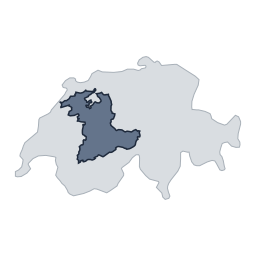 where Bern sits in Switzerland
{"feature_id": "CHE-3424", "entity_name": "Bern", "entity_type": "Canton", "adm_level": 1, "iso_a3": "CHE", "parent_name": "Switzerland", "parent_adm1": "", "projection": "mercator", "projection_center": [7.53, 46.838], "detail": "fine", "context": "in_parent", "style": "filled", "palette": "slate", "viewbox_px": 256, "rotation_deg": 0, "n_neighbors": 0, "source": "natural_earth", "source_scale": "10m", "svg_char_len": 7740}
<svg xmlns="http://www.w3.org/2000/svg" viewBox="0 0 256 256"><path d="M193.9,75.3L195.4,76.3L199.0,79.6L198.2,85.2L194.1,94.2L191.9,101.4L191.7,107.0L192.1,109.6L192.8,109.5L196.7,109.9L198.7,109.9L205.0,111.4L210.0,113.6L211.0,115.9L211.7,118.7L217.6,122.6L224.5,125.1L226.8,124.3L235.4,115.3L238.6,116.8L240.6,121.6L240.6,124.1L238.2,133.6L237.8,138.7L239.8,142.1L240.0,144.8L239.4,147.2L236.0,147.4L231.5,146.1L227.6,142.0L224.7,142.5L222.2,143.5L220.9,147.4L219.7,152.0L220.1,154.6L221.9,156.6L223.3,160.8L224.3,166.2L225.1,168.8L224.2,169.9L221.9,170.6L219.9,169.9L216.4,163.4L214.8,160.9L212.0,160.4L207.1,162.0L199.7,165.7L196.7,165.7L194.1,164.9L191.7,161.8L189.7,155.9L189.1,152.1L187.6,152.2L182.9,151.1L180.6,152.6L180.6,158.7L180.2,166.3L177.8,171.2L171.1,179.7L168.7,183.4L167.7,186.1L167.5,188.4L168.5,192.3L169.9,196.1L168.8,198.3L165.2,199.4L162.8,197.1L161.8,193.0L156.4,187.4L158.9,182.7L158.5,181.5L149.6,179.1L145.7,175.6L140.4,169.3L139.4,166.6L139.6,157.9L139.3,155.8L138.6,154.7L136.0,154.8L132.3,157.8L129.0,162.4L122.1,167.5L121.4,168.6L123.7,173.5L123.6,175.5L118.1,183.4L117.0,186.0L109.9,190.9L106.7,192.8L96.9,189.1L94.2,188.7L89.8,191.1L83.6,193.5L73.6,195.8L69.9,194.1L68.2,192.5L67.3,190.1L64.8,185.9L61.9,183.4L60.0,180.7L57.3,177.7L55.7,175.2L57.9,167.2L56.3,164.4L55.4,160.3L55.9,157.6L54.9,156.9L45.9,155.4L38.4,155.9L33.0,158.6L28.7,163.0L28.1,164.0L28.4,164.8L30.6,168.8L26.9,173.1L21.2,176.5L17.2,176.8L15.4,176.2L15.4,171.6L18.7,169.9L21.7,166.9L22.7,162.6L23.1,159.7L19.9,156.0L20.3,153.8L22.2,149.6L23.4,145.9L24.9,142.7L31.2,137.4L37.5,132.1L38.4,126.5L38.9,119.6L39.8,118.0L48.3,113.8L50.4,112.2L51.4,109.9L58.1,102.1L64.7,94.4L66.0,91.8L67.1,90.3L67.1,89.1L66.3,88.1L63.2,87.5L62.1,85.0L65.5,80.6L69.8,77.9L73.9,77.9L75.6,79.1L75.5,80.6L77.3,82.1L80.4,82.7L84.3,82.1L88.2,80.5L90.6,76.6L92.0,73.6L98.0,70.2L102.2,71.9L113.7,72.4L122.0,71.5L127.3,69.2L133.8,69.2L138.2,70.5L138.9,70.3L140.1,70.0L141.3,68.8L145.4,67.9L146.0,66.9L145.8,65.8L145.1,65.3L140.0,65.8L138.1,65.0L137.6,63.2L139.2,59.9L142.9,57.3L146.1,56.6L148.4,57.3L153.9,62.2L155.3,62.4L156.0,61.5L157.2,61.0L159.1,62.0L161.2,65.0L161.6,65.5L174.0,64.4L176.8,64.4L185.2,69.8L193.9,75.3Z" fill="#d9dde1" stroke="#a8b0b8" stroke-width="1"/><path d="M139.8,131.1L139.3,132.1L139.3,132.5L139.3,133.2L139.5,133.6L139.8,134.2L139.8,134.5L139.9,134.9L139.9,135.2L140.0,135.5L140.0,135.8L139.8,136.6L139.7,136.8L139.3,136.9L138.9,136.9L138.1,136.7L137.8,136.7L137.5,137.0L137.5,137.9L137.7,138.5L137.9,139.4L137.4,139.5L136.4,140.7L136.1,141.3L135.9,141.9L135.6,143.1L135.3,144.7L135.1,145.1L134.9,145.4L134.3,146.0L133.6,146.5L133.0,146.9L130.7,148.2L129.5,148.7L126.9,149.2L126.6,149.2L126.3,149.1L126.2,149.0L126.1,148.8L126.1,148.5L126.0,148.4L124.7,148.3L123.5,147.7L123.1,147.4L118.8,146.5L117.5,146.6L115.9,147.6L115.6,147.9L115.6,148.0L115.9,148.6L116.0,148.8L116.0,149.1L115.8,149.4L115.6,149.7L114.2,150.6L112.4,151.9L111.3,152.3L110.9,152.3L110.1,152.4L109.5,152.2L103.4,156.6L102.8,156.7L99.5,155.1L98.5,154.9L98.2,155.1L97.9,155.7L97.8,155.8L97.3,156.3L97.1,156.4L95.4,157.0L94.3,157.7L94.6,158.1L95.2,158.4L94.5,159.1L92.7,159.9L92.3,160.0L92.0,160.0L90.3,159.5L88.1,159.5L87.4,159.7L87.2,159.8L86.7,160.4L85.6,161.2L83.7,161.8L83.4,161.7L83.1,161.6L83.0,161.4L83.1,160.8L83.0,160.3L82.9,160.2L82.6,160.2L81.0,160.7L80.8,160.8L80.7,160.9L80.7,161.4L80.3,162.1L78.5,163.1L78.5,161.6L78.6,161.4L78.8,161.0L78.8,160.7L78.7,160.5L78.4,160.3L77.7,159.6L77.2,159.2L77.7,157.4L77.7,157.0L77.6,156.5L77.5,156.0L77.3,155.4L77.5,155.1L78.3,154.6L78.7,154.0L78.9,153.5L78.9,153.1L78.8,152.1L78.9,151.8L79.0,151.5L79.3,151.2L79.6,150.5L79.8,149.9L79.9,149.3L79.8,148.8L79.9,148.3L79.9,148.0L79.8,147.8L79.5,147.3L79.3,146.7L81.3,144.9L82.7,144.8L82.9,144.7L83.1,144.4L83.2,143.8L83.3,142.8L83.2,140.6L83.7,140.0L83.9,139.8L84.7,140.0L85.1,140.1L85.5,140.2L85.9,139.7L86.1,139.4L86.0,139.2L86.2,137.4L86.3,136.9L86.2,136.7L85.7,136.4L85.6,136.2L85.4,136.1L85.1,136.1L84.9,136.0L84.7,135.9L84.5,135.5L84.1,135.2L83.8,135.0L83.0,134.7L82.8,134.5L82.7,134.3L82.5,133.7L82.4,132.7L82.4,130.7L82.5,129.6L83.1,127.1L83.2,126.1L83.0,125.3L82.9,125.0L82.9,124.7L83.3,124.4L83.6,124.5L83.7,124.8L83.9,125.0L84.2,125.0L84.5,124.8L85.0,124.4L85.2,123.8L85.0,122.2L81.0,121.8L78.4,121.0L77.9,121.1L77.6,121.1L77.4,121.1L77.4,120.9L77.8,120.1L77.9,119.7L78.0,119.3L77.8,118.6L77.8,118.1L77.7,117.8L77.6,117.5L77.3,117.0L77.3,116.8L77.4,116.7L78.1,116.4L78.3,116.1L78.9,115.5L79.0,115.2L78.7,114.7L78.6,114.2L78.4,114.0L77.9,113.8L74.3,115.4L70.2,115.8L68.2,114.9L68.6,113.6L68.9,113.1L69.1,111.8L69.3,111.5L69.5,111.3L70.6,110.8L71.1,110.4L71.6,110.1L71.7,109.7L71.7,109.3L71.6,108.7L71.5,108.2L71.8,107.9L71.8,107.7L71.6,107.4L71.2,107.1L69.8,106.2L69.1,106.1L69.1,105.1L61.1,107.5L60.9,107.5L60.9,107.1L61.0,106.5L61.3,106.3L61.4,106.1L61.6,105.1L61.6,104.6L61.6,104.3L61.5,104.0L61.2,103.3L60.6,102.5L59.6,102.0L60.9,102.1L61.4,102.5L61.6,102.7L61.8,102.8L62.2,102.7L62.7,102.3L64.5,100.9L65.1,100.6L66.3,100.7L66.8,100.5L67.3,100.0L67.8,99.7L68.6,99.2L69.1,98.7L69.5,98.2L69.7,97.7L70.1,97.2L70.2,96.9L70.3,96.5L70.5,96.3L70.8,96.2L72.4,96.3L74.9,95.9L75.1,95.6L75.0,95.3L74.9,94.8L74.9,94.5L75.0,94.4L75.0,94.2L75.6,93.8L75.8,93.6L75.8,93.3L75.8,93.0L75.9,92.2L80.1,93.1L81.1,93.0L81.8,92.8L83.1,92.4L83.7,92.0L84.1,91.7L84.3,91.5L84.5,91.3L85.0,91.1L85.2,90.9L85.4,90.6L85.5,90.3L85.6,90.2L85.8,90.2L86.1,90.8L86.6,91.1L92.0,91.5L95.0,90.6L94.7,91.8L94.4,92.1L93.9,92.5L92.3,93.0L91.9,93.2L91.5,93.6L90.9,94.2L90.4,94.6L89.3,95.0L88.3,95.9L88.4,96.5L84.6,98.2L84.5,98.5L84.7,99.1L84.9,99.4L85.1,99.8L85.2,100.0L85.5,100.2L86.0,100.4L86.3,100.5L86.4,100.8L86.7,101.6L86.8,101.9L86.7,102.2L86.8,102.3L87.1,102.3L87.7,102.2L88.1,102.0L88.5,101.5L88.9,101.1L89.2,100.8L89.6,100.7L90.0,100.4L90.2,100.2L91.0,100.1L91.1,101.0L91.2,101.4L91.4,101.6L91.6,101.7L91.8,102.0L91.6,102.4L91.0,102.8L90.7,102.9L90.4,102.8L90.2,102.6L89.4,103.1L89.1,103.6L89.0,103.9L89.1,104.6L89.1,105.0L88.7,105.2L87.8,105.5L87.6,105.5L87.1,105.3L86.7,105.4L86.2,105.2L86.0,105.3L85.9,105.6L86.0,105.9L86.3,106.4L86.6,107.1L86.9,107.3L87.1,107.4L88.5,107.0L88.9,106.9L89.0,106.9L89.1,107.6L89.5,108.6L90.4,108.3L90.8,108.1L90.9,107.8L91.0,107.4L90.9,107.1L90.6,106.4L90.6,106.1L90.8,105.9L92.2,105.2L92.9,104.6L94.2,102.7L94.9,102.0L95.5,101.9L96.8,102.8L99.1,102.9L99.4,102.8L100.0,102.3L100.3,101.8L100.7,101.6L100.9,101.4L101.0,101.2L101.0,100.5L100.8,99.9L100.0,98.6L99.2,97.4L98.3,97.0L97.4,95.9L97.3,95.3L97.1,94.5L96.4,93.7L99.8,93.2L101.6,92.4L103.3,94.5L103.9,94.8L105.2,94.9L106.2,94.5L106.7,94.7L108.4,94.3L108.6,95.7L108.6,95.9L109.3,97.0L110.6,100.0L110.8,100.5L111.1,101.1L111.2,101.7L111.2,102.4L111.7,104.7L111.3,105.4L111.1,105.9L111.0,106.7L111.0,108.1L110.9,109.6L110.9,110.1L111.0,110.6L111.4,111.2L111.8,111.8L112.0,112.1L112.2,113.3L113.5,113.4L113.9,113.7L114.9,113.9L114.6,115.7L114.5,116.0L114.3,116.6L114.0,117.1L113.9,117.3L113.9,117.7L113.8,118.0L113.7,118.1L113.5,118.3L113.3,118.7L113.1,119.0L112.9,119.2L112.6,119.2L112.2,119.1L111.7,119.4L111.3,119.6L111.1,119.7L111.0,120.0L111.0,120.5L111.1,121.4L111.1,121.9L110.9,122.3L110.4,122.8L110.3,123.1L110.8,124.6L110.8,125.2L111.6,126.0L114.9,128.7L115.5,129.6L116.2,130.4L116.5,130.5L116.9,130.4L117.6,130.0L118.5,129.6L121.1,129.8L122.1,130.0L124.3,131.5L124.9,131.8L125.3,131.9L125.5,131.8L126.7,131.3L127.3,131.2L129.9,131.6L130.9,131.9L131.4,131.9L131.9,131.7L133.6,130.5L135.8,129.6L137.5,131.1L137.8,130.9L138.5,130.8L138.8,130.8L139.8,131.1ZM78.7,119.0L78.9,119.0L79.0,118.7L78.3,118.7L78.5,119.1L78.7,119.0ZM95.0,88.7L95.3,88.8L95.6,89.2L95.7,89.5L95.7,89.8L95.7,90.2L95.6,90.4L95.2,90.5L94.2,90.3L94.1,90.2L94.1,89.5L95.0,88.7Z" fill="#64748b" stroke="#1e293b" stroke-width="1.5"/></svg>